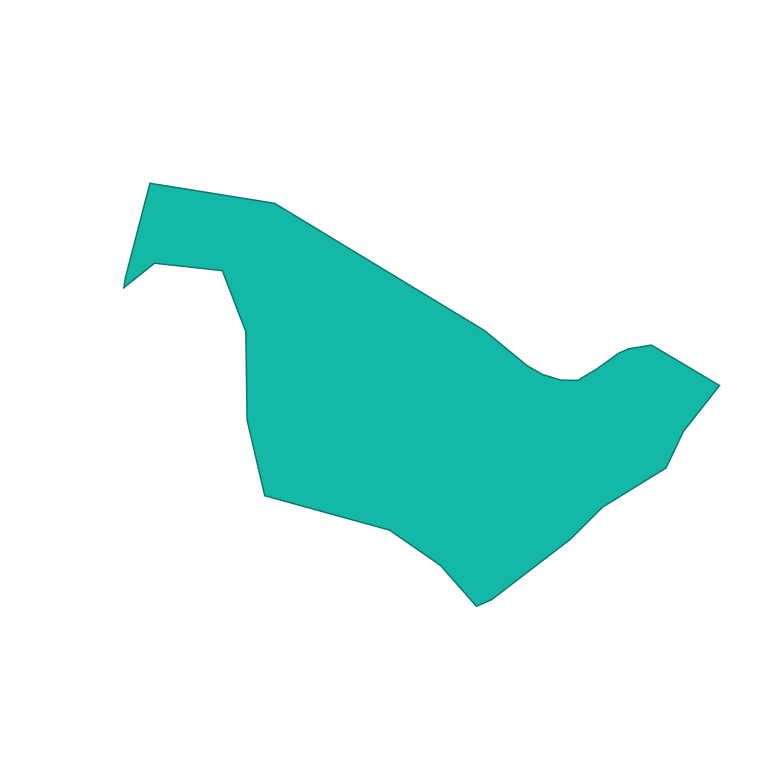 an SVG outline of Jezersko, rotated 207°
{"feature_id": "SVN-237", "entity_name": "Jezersko", "entity_type": "Municipality", "adm_level": 1, "iso_a3": "SVN", "parent_name": "Slovenia", "parent_adm1": "", "projection": "robinson", "projection_center": [14.473, 46.385], "detail": "fine", "context": "isolated", "style": "filled", "palette": "teal", "viewbox_px": 768, "rotation_deg": 207, "n_neighbors": 0, "source": "natural_earth", "source_scale": "10m", "svg_char_len": 504}
<svg xmlns="http://www.w3.org/2000/svg" viewBox="0 0 768 768"><g transform="rotate(207 384 384)"><path d="M579.5,411.6L643.3,387.4L659.5,351.8L662.6,361.0L683.7,456.6L563.4,495.3L318.5,477.2L264.9,465.3L247.3,464.4L228.3,467.7L213.0,475.2L201.0,494.4L189.0,517.8L182.2,526.3L163.4,540.1L84.3,534.9L95.7,477.9L94.6,437.2L133.3,373.6L147.5,330.2L190.2,240.7L200.7,227.9L251.3,248.0L312.8,256.3L439.5,230.3L489.6,289.7L530.9,367.9L579.5,411.6Z" fill="#14b8a6" stroke="#0f766e" stroke-width="1.5"/></g></svg>